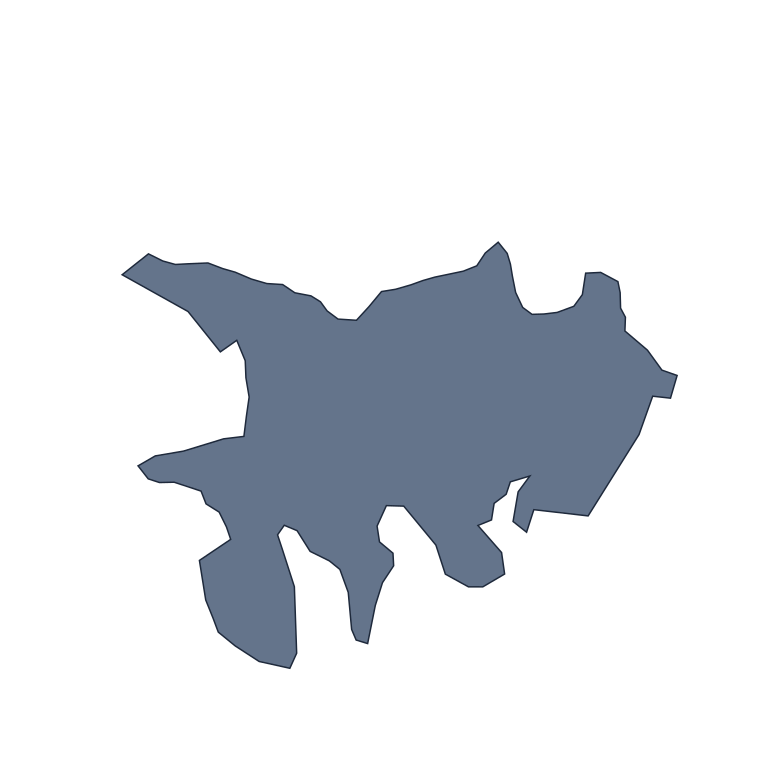 Rodeio Bonito, Rio Grande do Sul, Brazil, rotated 62°
{"feature_id": "56859067B52959959308117", "entity_name": "Rodeio Bonito", "entity_type": "district", "adm_level": 2, "iso_a3": "BRA", "parent_name": "Brazil", "parent_adm1": "Rio Grande do Sul", "projection": "natural_earth1", "projection_center": [-53.173, -27.461], "detail": "fine", "context": "isolated", "style": "filled", "palette": "slate", "viewbox_px": 768, "rotation_deg": 62, "n_neighbors": 0, "source": "geoboundaries", "source_scale": "gbopen_adm2", "svg_char_len": 1574}
<svg xmlns="http://www.w3.org/2000/svg" viewBox="0 0 768 768"><g transform="rotate(62 384 384)"><path d="M380.8,153.9L398.2,166.9L404.5,179.9L402.1,197.5L397.3,209.9L392.0,220.6L381.5,225.6L365.0,224.8L349.1,220.0L337.5,216.1L326.5,213.9L312.4,216.6L315.9,233.1L323.2,246.6L321.6,261.0L317.7,274.5L313.5,288.9L310.9,301.1L309.1,313.6L305.8,329.3L301.2,342.8L308.7,361.1L314.8,378.4L305.1,394.1L292.8,399.9L281.6,401.5L271.9,407.1L261.6,419.9L248.6,426.8L240.3,440.3L229.1,451.8L215.4,462.9L206.4,472.2L194.5,482.6L186.2,499.9L180.5,512.1L171.5,521.6L158.5,530.9L164.6,563.9L228.0,523.0L278.8,513.4L276.3,493.5L298.3,495.6L313.7,503.0L332.2,509.2L347.4,520.3L364.5,532.3L357.1,551.4L349.1,592.6L340.1,619.7L340.8,639.6L357.1,636.7L365.6,628.5L372.2,615.4L392.7,595.8L406.3,597.4L419.7,589.7L436.2,590.2L449.2,592.3L453.1,629.8L491.0,642.8L510.8,644.9L525.3,646.8L545.5,638.3L570.4,624.5L590.8,600.6L580.7,587.5L520.9,558.3L482.4,551.4L467.2,548.8L461.9,538.4L472.7,529.6L497.1,527.8L514.5,515.3L527.0,510.0L551.2,513.4L585.5,527.8L597.0,528.8L605.5,520.3L575.4,495.6L558.7,478.6L549.0,460.8L537.6,455.5L521.3,462.1L506.2,456.8L492.5,439.0L501.1,423.9L550.6,413.8L580.7,419.1L602.7,404.7L609.5,392.0L608.4,366.7L588.0,359.3L553.0,367.5L554.5,352.9L541.1,342.8L538.7,327.9L529.7,318.4L533.7,298.4L542.2,316.2L566.0,334.6L581.8,327.7L565.3,310.7L596.3,265.7L548.4,182.6L520.9,152.5L531.0,137.7L514.1,121.2L502.2,132.1L477.8,135.5L450.3,146.4L438.4,139.5L428.1,139.5L414.2,132.6L403.4,129.4L387.2,140.3L380.8,153.9Z" fill="#64748b" stroke="#1e293b" stroke-width="1.5"/></g></svg>